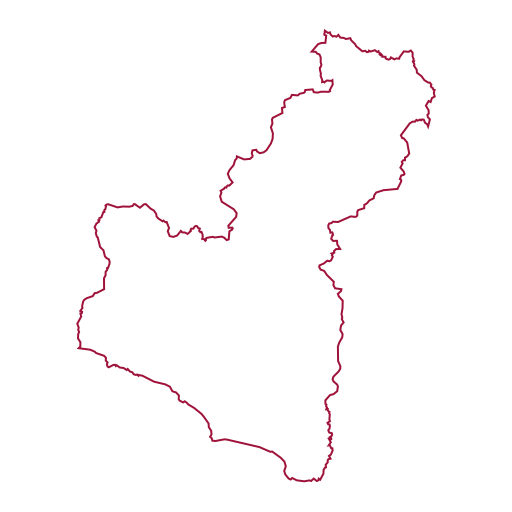 Garut, Jawa Barat, Indonesia (Robinson projection)
{"feature_id": "22746128B66421464971893", "entity_name": "Garut", "entity_type": "district", "adm_level": 2, "iso_a3": "IDN", "parent_name": "Indonesia", "parent_adm1": "Jawa Barat", "projection": "robinson", "projection_center": [107.848, -7.343], "detail": "fine", "context": "isolated", "style": "outline", "palette": "rose", "viewbox_px": 512, "rotation_deg": 0, "n_neighbors": 0, "source": "geoboundaries", "source_scale": "gbopen_adm2", "svg_char_len": 5987}
<svg xmlns="http://www.w3.org/2000/svg" viewBox="0 0 512 512"><path d="M221.7,201.7L233.8,209.3L236.6,213.1L236.2,216.8L228.3,225.8L228.7,227.8L232.2,227.6L232.7,228.3L232.1,229.6L229.4,231.3L228.7,239.4L226.7,240.1L224.1,237.6L221.8,236.6L214.4,237.5L212.9,236.8L206.9,237.8L205.9,238.5L206.0,240.1L205.3,240.8L204.1,239.2L202.2,238.9L202.8,236.6L202.4,234.1L201.5,231.9L200.4,232.2L199.2,230.9L199.8,228.6L198.1,228.0L197.3,226.4L196.1,225.9L194.7,226.5L193.3,228.7L191.2,228.7L190.5,230.3L190.9,230.9L187.6,233.9L184.8,232.5L182.2,232.4L180.9,230.9L177.1,235.6L173.3,236.9L169.7,236.1L167.8,231.3L169.0,228.0L166.7,222.0L165.4,222.2L163.4,220.6L162.5,221.3L158.2,218.4L156.6,216.5L156.2,214.0L154.0,210.6L150.7,208.7L145.8,204.1L144.1,204.3L139.9,207.7L134.8,204.1L133.9,204.1L132.5,206.0L129.2,206.7L122.9,206.5L117.5,207.4L108.1,204.2L106.3,204.7L105.5,205.6L106.0,206.3L105.3,209.2L104.3,210.1L104.3,212.0L103.3,212.1L101.4,217.3L99.3,218.2L99.4,220.1L98.4,220.3L99.0,221.7L96.4,223.6L94.6,227.2L96.5,230.7L95.8,233.0L96.8,236.7L97.7,237.3L100.1,247.0L103.5,250.4L104.9,256.3L106.6,258.2L108.8,259.2L109.6,261.4L109.5,263.9L108.0,268.0L107.1,268.1L107.2,269.8L105.6,271.8L105.6,275.2L104.0,278.2L104.1,289.2L97.0,292.8L94.6,293.2L92.8,296.1L86.7,298.2L84.1,299.9L83.1,301.7L82.1,306.4L82.5,307.9L80.3,310.9L82.1,311.8L81.8,313.1L80.4,313.4L81.2,316.5L77.3,323.7L78.7,327.6L78.2,329.9L79.1,331.9L78.2,334.1L78.0,338.4L80.4,342.2L80.3,346.5L78.7,348.2L90.2,349.7L94.8,351.7L96.0,353.0L104.1,355.8L105.9,357.7L105.8,360.7L107.6,362.4L106.9,364.2L107.5,366.5L108.8,367.3L113.2,365.0L115.1,364.8L115.9,366.0L116.6,365.2L119.8,367.5L123.6,368.0L126.7,370.0L127.7,369.0L129.9,371.5L132.4,372.3L133.6,374.2L135.9,375.0L137.1,374.5L138.5,375.8L138.9,375.0L142.4,375.7L154.1,381.7L165.1,384.3L169.9,386.7L172.4,391.3L176.0,392.4L178.9,395.5L178.7,399.2L179.6,400.6L183.1,402.4L184.7,401.3L186.9,402.8L188.2,404.4L194.2,408.0L201.6,414.0L204.0,417.0L208.6,423.5L208.8,427.1L211.2,430.8L211.5,434.4L210.1,436.8L211.6,438.1L212.4,440.7L215.5,441.0L224.5,439.3L227.5,439.7L259.5,447.1L270.3,451.8L272.1,451.5L280.8,457.8L284.4,461.6L285.8,466.3L284.2,471.0L285.4,474.6L288.6,478.5L290.7,479.5L292.2,478.0L296.7,480.3L304.3,481.3L309.5,480.4L311.1,481.0L313.7,478.6L316.8,481.0L318.4,480.3L318.8,478.7L320.2,479.7L323.4,473.7L323.6,469.9L324.9,467.7L326.0,467.3L325.7,464.7L327.7,462.4L327.7,460.3L328.4,459.2L330.5,458.7L329.0,455.9L330.8,454.7L332.6,450.6L332.4,448.3L331.3,448.3L329.7,445.1L328.8,445.3L330.8,442.3L328.7,438.5L329.6,438.1L330.2,439.4L331.2,439.2L331.2,438.1L330.0,437.0L331.7,435.8L332.1,434.3L331.7,433.1L329.4,432.7L328.6,431.3L328.4,430.0L329.4,428.9L329.9,426.0L329.6,424.5L328.3,424.4L327.5,422.8L329.9,421.2L329.4,419.3L329.8,414.3L329.1,413.0L329.5,412.0L327.9,410.6L327.8,409.1L326.3,409.3L327.0,407.5L326.1,406.3L326.4,404.6L325.4,403.8L325.4,400.3L330.0,395.1L333.6,394.1L337.2,391.2L337.9,386.5L337.2,384.6L333.5,381.4L332.6,379.4L333.4,376.7L338.5,371.6L340.2,368.8L340.4,366.4L338.1,361.0L337.9,346.5L339.4,342.2L342.2,337.5L342.6,334.1L340.3,330.0L341.1,325.4L343.6,322.5L341.8,319.1L342.3,317.4L341.5,314.2L342.5,308.4L342.7,300.7L338.8,296.4L337.9,293.8L341.0,291.1L341.4,289.2L335.1,288.3L333.4,285.1L333.8,281.8L326.9,275.0L324.1,270.8L320.7,269.7L319.2,267.1L319.5,265.4L323.8,263.5L327.3,260.7L329.1,261.3L331.1,260.4L332.8,256.7L331.9,255.4L332.5,254.4L331.6,253.5L334.3,252.7L334.0,251.1L336.0,249.1L340.1,249.0L337.3,244.4L337.0,240.8L333.0,240.9L331.2,238.8L332.3,235.3L332.9,235.2L332.8,233.4L332.1,232.3L330.4,232.7L329.9,229.9L328.4,228.0L328.3,225.3L329.2,223.5L331.5,223.1L332.9,221.7L338.1,222.0L350.7,216.4L355.3,216.9L356.7,216.3L357.3,215.2L357.3,211.6L358.2,210.1L364.2,208.2L364.3,204.9L367.0,203.3L369.4,200.4L373.7,198.3L374.3,195.2L376.2,192.5L383.5,190.2L397.5,188.9L401.2,181.4L401.1,179.8L399.9,179.1L401.3,175.4L403.7,174.9L404.5,173.9L403.7,171.5L400.4,167.7L402.6,163.4L401.8,162.0L403.1,160.3L405.0,160.2L405.0,157.7L407.3,156.3L409.2,153.5L407.2,142.5L403.7,138.3L402.2,138.1L400.9,135.3L409.8,123.3L412.7,121.6L414.9,121.7L416.4,119.9L417.7,120.7L419.9,119.6L421.1,120.3L422.0,119.4L423.8,119.7L425.0,122.7L427.2,124.3L428.1,126.5L429.9,119.4L427.9,117.1L427.4,114.9L428.7,113.7L428.6,110.2L425.9,105.7L428.6,101.0L430.6,102.0L431.9,98.1L434.7,96.5L433.8,92.8L434.6,89.9L433.3,89.6L432.6,87.8L431.4,87.3L430.8,86.1L431.4,84.6L429.8,82.6L428.3,82.6L424.4,80.2L421.6,76.3L416.9,72.6L416.7,69.8L414.0,65.6L414.4,64.3L413.5,62.6L414.0,61.4L413.0,61.4L413.7,59.1L412.6,56.6L412.6,52.7L410.8,50.5L408.5,51.8L403.8,51.4L399.5,57.3L399.2,58.7L396.2,58.4L394.4,59.4L390.9,57.4L390.1,59.0L388.3,59.6L385.7,58.5L385.5,56.8L382.2,56.7L382.3,55.5L381.4,54.5L380.6,55.2L379.6,54.4L380.2,53.3L378.8,52.4L378.5,51.2L377.3,52.0L374.9,50.2L370.7,51.5L368.9,50.7L368.6,51.8L366.9,52.2L365.3,50.8L362.3,51.3L356.1,46.1L355.2,44.2L351.2,40.3L350.3,38.2L346.0,39.0L343.7,37.9L340.3,37.6L338.4,34.9L336.5,36.7L334.4,36.0L332.7,36.5L330.5,34.4L330.0,32.4L327.9,32.9L324.9,30.7L324.3,34.7L326.2,35.6L325.4,42.8L321.4,43.0L318.1,44.1L311.7,51.6L315.7,51.8L317.3,53.7L319.4,54.4L320.7,57.3L320.7,62.5L321.4,64.6L320.8,66.8L319.9,67.6L319.9,69.7L320.9,73.6L320.6,75.8L322.2,80.0L322.1,82.1L323.7,81.7L324.4,82.4L326.8,80.5L331.4,80.9L332.4,80.2L332.7,84.6L329.8,90.0L330.1,91.1L328.8,91.8L321.2,91.7L317.7,92.6L313.8,92.2L312.7,89.4L305.3,90.0L304.7,92.2L303.7,92.9L299.8,93.7L297.8,95.4L291.9,94.9L290.4,97.9L284.9,100.2L284.2,102.2L284.8,107.1L282.0,107.9L282.4,113.0L272.8,117.8L272.0,119.3L272.4,123.8L270.9,127.2L272.9,133.4L272.6,138.9L270.9,143.5L266.5,150.2L263.7,152.3L259.8,153.2L257.0,151.4L256.2,149.8L252.4,150.4L251.8,153.6L252.6,155.5L252.4,156.8L250.0,158.9L244.1,159.4L236.9,156.4L236.6,158.6L235.1,160.2L233.6,165.1L229.5,170.1L227.8,173.8L229.6,178.5L232.6,182.4L229.3,185.6L228.0,185.4L226.6,186.5L226.4,187.6L224.8,187.5L224.1,188.7L220.6,190.8L221.4,192.7L220.1,196.4L221.7,201.7Z" fill="none" stroke="#9f1239" stroke-width="2"/></svg>